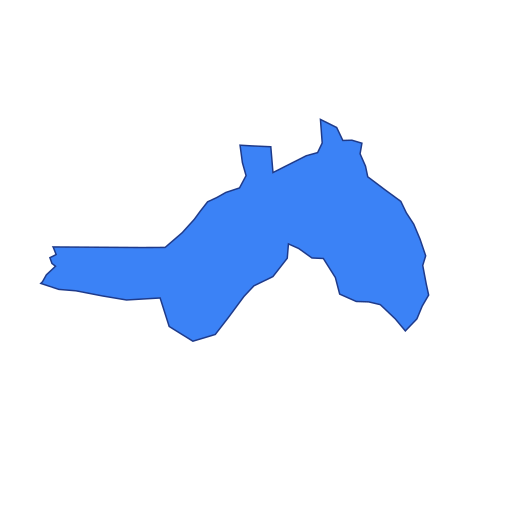 the district of Agios Isidoros, Paphos, Cyprus, rotated 218°
{"feature_id": "46923920B47952504764037", "entity_name": "Agios Isidoros", "entity_type": "district", "adm_level": 2, "iso_a3": "CYP", "parent_name": "Cyprus", "parent_adm1": "Paphos", "projection": "mercator", "projection_center": [32.473, 35.009], "detail": "fine", "context": "isolated", "style": "filled", "palette": "blue", "viewbox_px": 512, "rotation_deg": 218, "n_neighbors": 0, "source": "geoboundaries", "source_scale": "gbopen_adm2", "svg_char_len": 1031}
<svg xmlns="http://www.w3.org/2000/svg" viewBox="0 0 512 512"><g transform="rotate(218 256 256)"><path d="M408.7,101.9L390.8,108.3L376.5,117.7L352.2,130.1L331.0,141.6L305.7,163.9L281.0,147.0L253.3,150.0L239.8,169.1L239.9,189.8L240.6,216.8L239.3,231.2L230.0,250.2L230.0,273.5L237.9,285.5L227.0,288.2L210.7,288.9L201.4,295.5L180.2,287.9L166.6,277.5L149.0,281.9L139.0,289.2L128.1,294.2L107.5,292.2L92.2,288.9L90.5,305.5L94.2,318.9L95.9,331.5L104.8,338.9L118.8,351.2L122.4,360.6L137.0,370.2L151.3,378.2L164.2,382.6L175.5,388.2L194.8,387.6L216.7,387.2L225.0,394.2L236.9,400.6L242.0,410.1L251.7,406.3L258.7,400.5L271.5,406.9L289.3,403.3L273.4,385.8L271.1,375.4L278.1,366.0L294.0,332.2L311.6,351.2L327.5,339.9L336.8,333.5L324.2,321.2L313.3,313.2L310.9,299.5L318.9,287.5L322.9,277.9L327.5,268.9L327.5,256.9L327.2,246.9L328.5,228.9L332.9,206.8L351.4,192.2L421.5,138.2L421.0,138.0L414.4,134.1L415.8,131.0L417.4,127.8L412.2,124.5L407.7,124.5L409.6,112.1L408.4,104.2L408.7,101.9Z" fill="#3b82f6" stroke="#1e3a8a" stroke-width="1.5"/></g></svg>